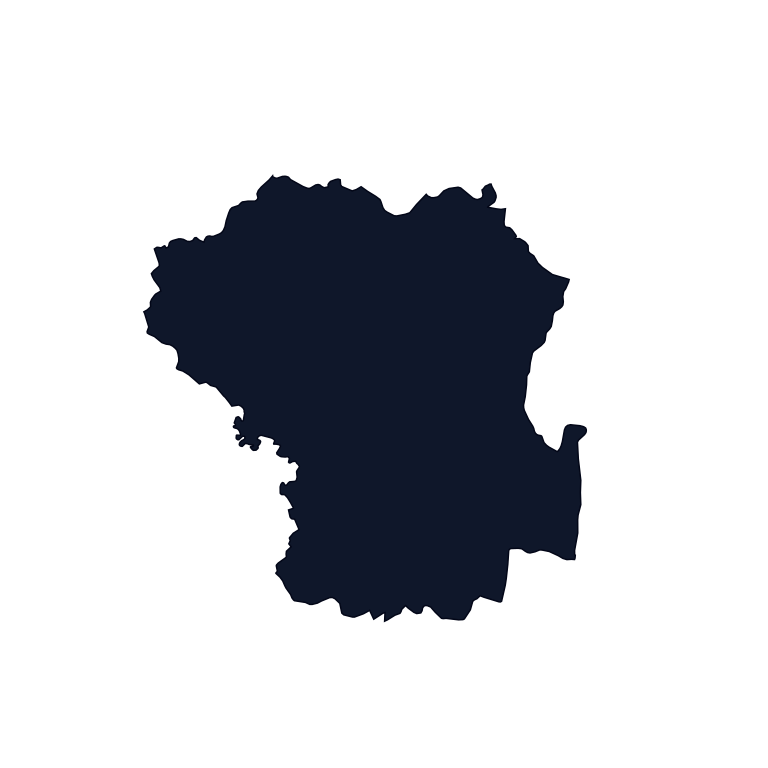 Yen Thanh, Nghệ An, Vietnam, rotated 134°
{"feature_id": "81297802B75629290490646", "entity_name": "Yen Thanh", "entity_type": "district", "adm_level": 2, "iso_a3": "VNM", "parent_name": "Vietnam", "parent_adm1": "Nghệ An", "projection": "robinson", "projection_center": [105.458, 19.022], "detail": "fine", "context": "isolated", "style": "filled", "palette": "ink", "viewbox_px": 768, "rotation_deg": 134, "n_neighbors": 0, "source": "geoboundaries", "source_scale": "gbopen_adm2", "svg_char_len": 6171}
<svg xmlns="http://www.w3.org/2000/svg" viewBox="0 0 768 768"><g transform="rotate(134 384 384)"><path d="M458.6,148.5L444.5,157.0L438.9,161.0L427.7,169.7L417.3,178.5L416.2,178.9L414.5,178.7L409.1,173.5L407.4,171.3L406.7,170.1L406.2,166.3L405.5,163.7L404.1,161.6L399.8,158.8L395.1,156.7L393.6,154.9L389.7,148.8L386.4,139.3L385.2,134.2L383.3,130.5L379.9,127.4L377.9,125.0L376.6,125.6L374.2,127.5L374.2,128.4L371.3,131.3L356.6,141.1L347.1,150.4L343.4,153.4L334.1,158.6L325.7,167.3L316.6,175.5L302.8,192.3L291.4,204.5L289.1,205.1L281.1,204.6L278.7,205.0L277.2,205.9L276.2,207.0L275.6,208.4L276.0,210.6L276.6,211.8L277.9,214.1L283.8,221.6L286.3,223.2L288.9,223.4L291.7,222.3L301.5,215.7L305.4,213.6L308.2,212.6L310.9,212.3L312.2,212.4L312.5,213.0L314.8,221.5L315.2,224.5L315.0,228.2L312.1,234.0L312.0,234.6L312.2,235.3L313.6,237.4L314.2,238.9L314.2,241.0L313.5,243.0L311.9,245.5L311.0,247.7L309.1,255.5L305.5,264.8L304.0,267.1L302.2,269.0L295.0,273.6L285.6,280.9L279.3,286.6L278.1,287.1L274.3,287.9L267.0,293.6L258.5,298.8L256.2,299.1L247.1,297.7L242.8,297.7L240.8,298.4L234.9,302.7L233.9,303.0L229.1,303.1L226.4,303.7L221.6,306.8L217.5,310.0L214.8,311.3L212.8,311.5L207.6,310.0L205.0,309.8L202.9,310.2L200.3,312.1L196.9,316.1L192.7,319.0L189.3,319.5L182.4,322.1L180.2,323.4L188.3,338.9L190.1,351.0L190.1,357.3L187.8,365.3L188.6,369.9L188.4,372.2L184.4,376.5L183.9,380.0L183.9,381.6L185.2,387.4L188.8,391.0L186.0,391.3L185.4,392.4L184.2,399.1L184.3,402.1L186.5,405.3L186.6,406.4L186.0,408.1L183.8,410.5L173.6,418.4L177.1,421.1L180.0,424.9L184.8,432.2L184.4,432.5L176.9,431.1L175.2,431.4L171.9,433.0L170.6,434.3L169.2,436.7L166.9,443.8L165.8,445.9L167.1,447.0L167.9,447.1L171.3,448.5L175.0,448.1L176.3,448.3L179.1,444.2L181.1,443.0L182.3,443.0L184.1,443.6L186.4,444.9L187.5,446.5L188.5,449.2L189.7,465.0L191.0,467.4L198.2,473.0L203.6,475.1L210.2,475.0L212.3,475.4L215.4,477.6L217.1,479.4L218.4,483.2L218.2,485.4L232.3,485.3L242.9,484.4L247.0,486.5L254.2,491.5L255.9,493.5L258.2,501.1L258.7,504.1L257.9,507.3L254.9,513.0L254.1,515.1L254.8,520.4L256.8,529.5L258.0,537.5L263.4,539.0L267.2,541.0L271.3,551.6L270.9,553.5L267.5,557.4L268.5,559.4L270.7,560.9L275.4,563.2L277.3,563.2L279.3,562.8L281.0,561.1L284.4,563.4L285.2,566.0L285.4,568.4L286.3,570.0L288.3,571.4L293.8,572.9L295.4,573.7L296.6,575.5L298.2,579.4L301.9,593.2L301.6,596.4L302.4,598.2L303.3,599.5L305.3,601.3L310.4,603.9L311.4,605.4L312.2,607.9L311.6,608.7L317.1,608.4L327.5,609.1L332.1,608.8L335.5,607.4L337.5,604.1L339.0,603.4L340.8,603.4L342.3,604.0L347.0,608.9L351.5,612.4L353.6,612.7L356.6,612.6L362.7,615.8L365.3,615.8L368.8,614.5L376.0,611.0L381.4,607.6L385.2,606.2L388.0,606.0L390.4,606.6L396.2,609.2L397.7,610.6L398.5,612.1L399.9,613.3L401.6,613.9L404.9,613.2L407.1,612.1L408.8,616.6L409.1,620.7L410.1,621.6L410.8,621.7L413.7,621.3L416.2,622.5L418.0,624.5L419.3,628.7L420.7,630.9L422.2,632.5L427.5,635.6L429.7,636.5L431.7,636.3L435.1,634.3L437.6,635.3L436.9,637.7L437.5,638.1L440.9,638.9L442.8,641.7L443.6,642.4L446.4,643.0L453.1,629.9L454.8,627.9L456.0,627.6L462.2,628.3L466.2,628.0L467.5,625.4L468.8,621.6L470.4,612.2L472.2,609.1L477.9,610.7L479.6,610.7L484.4,610.0L486.5,609.2L487.6,608.7L490.3,605.8L491.4,605.5L495.3,605.8L498.9,606.9L499.5,605.2L506.4,592.8L510.9,590.8L511.7,589.7L511.3,587.5L509.3,582.1L508.5,572.5L506.7,568.5L504.4,565.3L503.5,562.2L503.3,559.0L503.5,556.4L505.3,553.2L508.1,549.4L510.5,547.2L516.6,544.5L516.9,543.5L516.4,541.6L514.4,537.7L512.9,530.7L512.2,516.9L506.5,513.5L505.9,512.2L505.5,507.8L502.9,503.0L502.8,502.0L504.0,491.1L503.9,489.0L504.8,482.3L505.6,478.1L500.0,473.9L499.2,471.2L499.2,468.3L499.9,466.5L501.0,465.4L502.2,463.5L503.1,463.2L507.9,459.9L508.6,459.9L509.3,460.4L509.5,461.2L508.6,463.1L508.6,465.4L508.9,466.2L510.8,467.1L516.0,464.7L516.3,462.8L516.7,462.3L517.3,462.1L518.7,463.0L519.3,462.7L519.6,462.1L519.5,461.3L518.1,458.7L517.9,457.2L518.2,455.5L519.6,452.6L520.2,451.9L520.7,451.7L523.0,454.4L523.5,454.5L525.5,452.9L525.9,452.2L525.9,451.5L525.6,450.3L524.9,449.7L519.7,449.4L518.6,448.1L518.9,447.1L519.7,446.4L520.9,446.1L523.7,447.0L525.7,447.1L526.9,446.8L528.0,446.1L528.4,445.4L528.4,444.4L527.9,443.3L527.2,442.6L523.2,442.5L521.9,440.9L521.1,438.9L518.9,435.9L518.8,435.4L519.3,434.9L519.9,434.9L521.4,436.3L521.9,436.4L522.4,435.9L522.7,432.9L522.4,431.8L520.5,430.1L518.0,429.9L517.3,430.2L516.2,431.6L513.2,431.8L511.3,432.6L510.9,433.2L510.8,434.2L511.7,436.4L511.3,437.1L509.6,437.9L507.6,437.6L506.1,436.6L501.2,427.9L500.6,426.4L500.3,424.2L500.9,423.1L503.5,422.0L503.8,421.5L502.1,419.7L500.6,417.4L500.3,416.1L500.6,415.3L503.0,414.4L508.0,413.4L508.8,412.2L508.1,408.3L507.5,407.2L505.1,404.3L503.5,403.1L502.9,402.1L503.3,400.3L506.5,398.4L506.6,397.7L506.2,396.8L503.3,395.9L501.0,394.0L501.6,391.6L501.5,390.1L502.0,387.7L502.8,387.1L506.8,386.4L507.9,385.9L511.4,381.7L514.2,380.2L515.1,380.1L516.2,380.7L519.9,383.9L521.5,384.1L524.4,383.8L525.3,384.5L525.5,385.3L524.9,387.5L525.4,388.5L526.2,388.7L527.9,388.4L530.2,387.2L534.6,382.8L534.8,382.2L534.6,380.8L532.9,379.0L532.6,378.4L532.8,374.4L534.1,369.3L535.9,363.5L536.2,363.0L536.7,363.0L540.9,365.2L544.9,359.2L545.1,358.2L545.0,356.6L543.3,354.4L547.7,344.0L554.4,345.6L560.2,345.2L560.7,344.8L561.7,342.7L565.1,341.4L565.6,337.7L572.1,338.0L574.3,336.3L575.9,334.4L576.9,334.0L586.2,335.7L588.8,335.6L589.6,335.2L592.2,331.4L593.0,330.6L594.9,330.5L595.3,330.2L595.2,324.6L596.0,320.0L598.0,315.2L598.9,312.5L600.3,304.9L601.8,301.6L602.2,299.1L602.1,297.9L595.7,288.8L594.1,284.3L592.5,282.6L587.9,279.7L583.4,278.2L575.4,274.7L573.4,272.8L572.5,270.1L572.5,263.4L578.1,255.2L578.0,252.6L573.6,244.9L572.1,243.3L563.6,239.2L556.8,237.1L560.3,228.0L549.6,225.5L547.7,224.5L554.2,218.8L551.3,217.7L542.6,215.5L537.9,213.2L536.0,213.6L533.7,214.7L528.4,214.6L528.4,210.8L527.5,203.9L526.4,201.0L523.1,198.5L520.7,199.1L518.1,200.8L515.9,200.9L515.1,200.8L513.4,199.0L512.0,195.5L512.6,188.6L512.6,179.9L511.7,178.5L509.4,176.5L501.8,166.5L498.6,163.5L497.2,163.0L486.5,165.0L478.9,169.1L477.9,169.2L476.4,169.0L473.9,168.0L470.0,167.8L469.4,167.4L468.0,164.1L460.8,149.9L459.8,148.8L458.6,148.5Z" fill="#0f172a" stroke="#020617" stroke-width="1.5"/></g></svg>